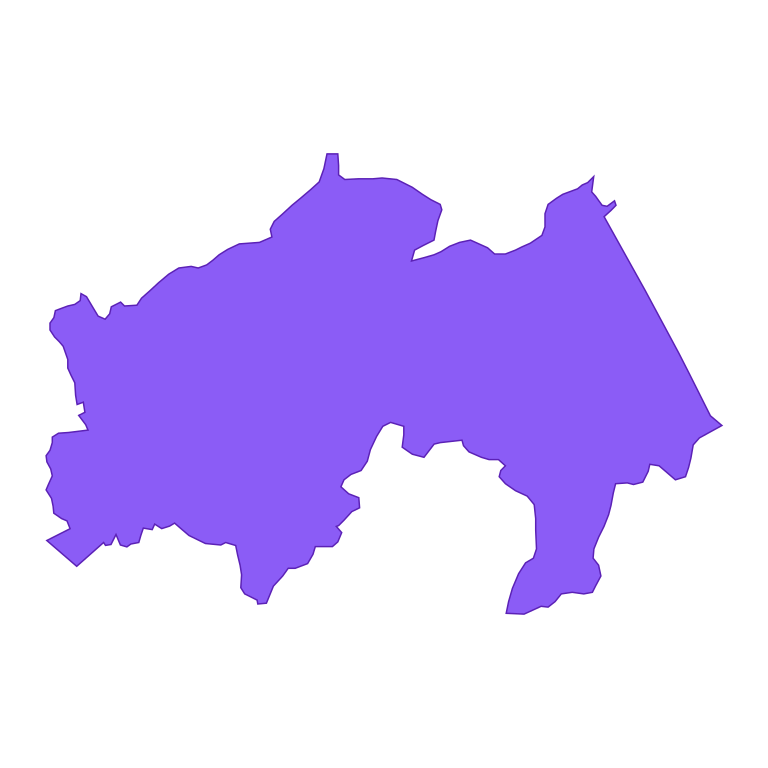 Kuala Terengganu, Terengganu, Malaysia
{"feature_id": "92858781B69735571651191", "entity_name": "Kuala Terengganu", "entity_type": "district", "adm_level": 2, "iso_a3": "MYS", "parent_name": "Malaysia", "parent_adm1": "Terengganu", "projection": "albers", "projection_center": [103.071, 5.28], "detail": "fine", "context": "isolated", "style": "filled", "palette": "violet", "viewbox_px": 768, "rotation_deg": 0, "n_neighbors": 0, "source": "geoboundaries", "source_scale": "gbopen_adm2", "svg_char_len": 3039}
<svg xmlns="http://www.w3.org/2000/svg" viewBox="0 0 768 768"><path d="M257.8,604.0L266.4,603.2L273.4,586.1L282.7,576.0L288.2,568.3L295.2,568.3L307.6,563.6L313.0,554.3L315.3,546.6L332.4,546.6L337.8,541.9L341.7,532.6L336.3,526.4L338.6,525.6L344.0,520.2L351.8,511.6L359.6,507.8L358.8,497.7L348.7,493.8L340.9,486.8L344.0,479.8L351.0,474.4L361.1,470.5L367.3,461.2L370.4,449.6L376.6,436.4L382.8,426.3L390.6,422.4L403.8,426.3L403.8,434.8L402.2,447.2L412.3,454.2L424.0,457.3L434.1,444.1L440.3,442.6L462.0,440.2L463.5,445.7L469.0,451.9L481.4,457.3L489.1,459.6L498.5,459.6L505.4,465.8L500.8,470.5L499.2,476.7L505.4,483.7L515.5,490.7L527.2,496.1L534.2,504.6L535.7,518.6L535.7,530.2L536.5,548.9L533.4,558.2L525.6,562.8L518.6,573.7L512.4,588.4L508.6,601.6L506.2,613.3L524.1,614.1L532.6,610.2L541.1,606.3L548.1,607.1L555.1,601.6L561.3,593.9L572.2,592.3L583.8,593.9L592.4,592.3L595.5,586.1L600.9,576.0L598.6,565.2L593.1,558.2L593.9,548.9L598.6,537.2L604.0,526.4L608.6,514.7L611.0,505.4L613.3,493.0L615.6,483.7L627.3,482.9L633.5,484.5L642.8,482.1L648.2,471.3L649.8,464.3L659.1,465.8L675.4,479.8L685.5,476.7L688.6,467.4L690.9,458.1L693.2,444.9L699.4,437.9L721.9,425.5L710.4,415.8L690.0,375.1L679.1,353.7L645.3,290.7L604.1,216.7L611.1,210.3L616.0,205.3L614.5,200.8L607.1,206.3L602.1,205.3L598.1,199.8L595.7,196.4L591.7,191.9L593.7,176.6L587.7,182.6L582.2,185.0L577.6,188.8L562.8,194.3L556.6,198.2L548.1,204.4L545.0,213.7L545.0,226.9L541.9,235.4L530.3,243.2L521.7,247.0L515.5,250.1L505.4,254.0L494.6,254.0L487.6,247.8L470.5,240.1L459.6,242.4L449.6,246.3L441.0,251.7L434.0,254.8L423.2,257.9L411.5,261.0L414.6,250.1L423.2,245.5L434.0,240.1L435.6,231.5L437.9,220.7L441.8,209.8L440.2,204.4L430.9,199.7L422.4,194.3L412.3,187.3L396.8,179.5L382.1,178.0L372.8,178.8L358.8,178.8L344.8,179.5L338.6,174.9L338.6,165.6L337.8,153.9L327.0,153.9L323.9,168.7L319.2,181.9L310.7,189.6L300.6,198.2L292.1,205.2L282.0,214.5L274.2,221.4L270.3,229.2L271.9,237.0L259.5,242.4L239.3,243.9L227.7,249.4L219.1,254.8L212.9,260.2L206.7,264.9L198.2,268.0L191.2,266.4L178.8,268.0L168.7,274.2L158.6,282.7L149.3,291.3L141.5,298.2L136.9,305.2L124.5,306.0L120.6,302.1L111.3,306.8L109.7,313.8L105.1,319.2L98.1,316.1L93.4,308.3L86.5,296.7L81.0,293.6L80.2,300.6L74.8,304.4L67.8,306.0L55.4,310.6L53.9,317.6L50.0,323.1L50.0,330.0L54.6,337.0L59.3,341.7L63.2,346.3L67.8,359.5L67.8,368.1L70.9,375.0L74.8,382.8L75.6,395.2L77.1,404.5L83.3,402.2L84.9,412.3L78.7,415.4L85.7,424.7L88.0,430.1L68.6,432.5L58.5,433.2L52.3,437.1L52.3,442.6L50.0,450.3L46.1,455.7L46.9,461.9L50.7,468.9L52.3,475.9L48.4,484.5L46.1,489.9L51.5,498.4L53.1,506.2L53.8,513.2L61.6,518.6L67.0,520.9L70.1,528.7L46.8,540.5L73.1,563.2L76.7,566.3L103.6,542.5L105.5,545.4L111.0,544.5L116.0,534.5L120.4,545.0L126.9,546.9L130.9,544.0L138.8,542.5L140.8,535.5L143.3,528.1L152.2,529.6L154.7,524.1L161.7,528.6L169.6,526.1L174.6,523.1L181.5,529.1L189.0,535.5L205.4,543.5L220.8,545.0L225.7,542.5L235.7,545.5L237.6,554.9L240.1,565.3L241.6,574.8L240.8,587.7L244.7,593.9L257.1,600.1L257.8,604.0Z" fill="#8b5cf6" stroke="#5b21b6" stroke-width="1.5"/></svg>